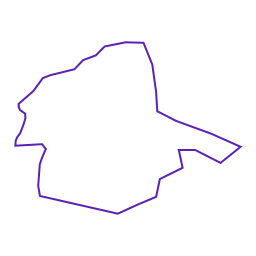 map outline of Rundales (Robinson projection)
{"feature_id": "LVA-5738", "entity_name": "Rundales", "entity_type": "Municipality", "adm_level": 1, "iso_a3": "LVA", "parent_name": "Latvia", "parent_adm1": "", "projection": "robinson", "projection_center": [23.943, 56.407], "detail": "fine", "context": "isolated", "style": "outline", "palette": "violet", "viewbox_px": 256, "rotation_deg": 0, "n_neighbors": 0, "source": "natural_earth", "source_scale": "10m", "svg_char_len": 595}
<svg xmlns="http://www.w3.org/2000/svg" viewBox="0 0 256 256"><path d="M117.8,213.7L40.0,196.0L39.9,195.7L38.2,185.9L39.8,164.3L41.8,158.4L45.8,148.9L42.0,144.2L15.4,145.7L15.7,140.8L17.1,137.4L20.2,133.1L23.7,124.1L25.4,118.1L25.2,113.7L20.0,110.0L18.8,107.4L18.6,103.9L23.4,99.7L33.4,91.0L42.8,78.1L50.6,75.1L74.5,69.2L83.1,60.1L95.8,55.4L104.6,46.5L125.5,42.3L143.5,42.8L152.3,64.6L156.1,92.0L157.3,111.3L176.3,121.0L211.6,133.9L240.6,146.8L220.5,162.9L195.2,150.0L178.8,150.0L182.6,167.8L159.9,179.0L156.1,196.8L137.2,204.8L117.8,213.7Z" fill="none" stroke="#5b21b6" stroke-width="2"/></svg>